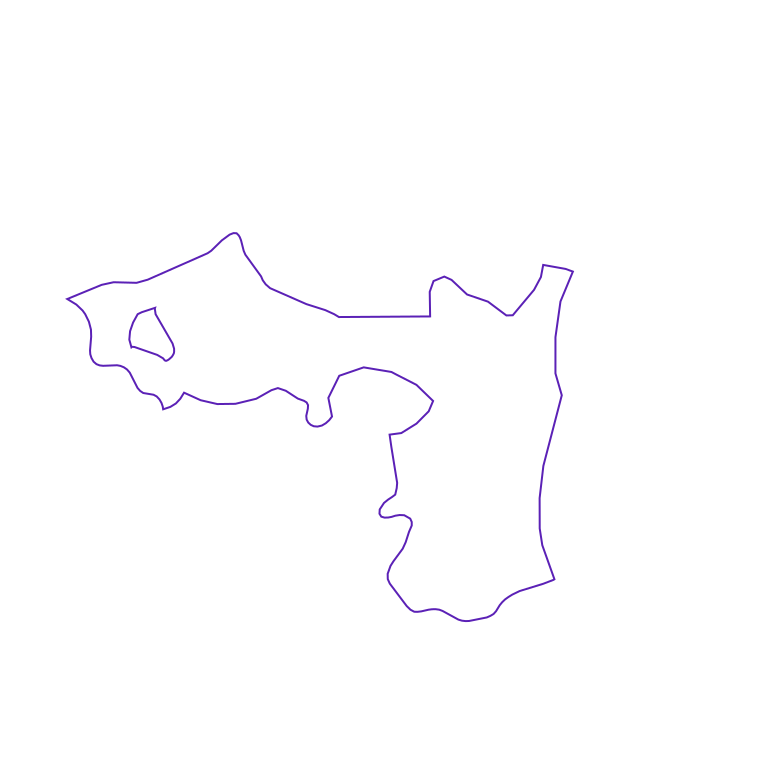 SVG path tracing the border of Rimini, rotated 53°
{"feature_id": "ITA-5366", "entity_name": "Rimini", "entity_type": "Province", "adm_level": 1, "iso_a3": "ITA", "parent_name": "Italy", "parent_adm1": "", "projection": "equal_earth", "projection_center": [12.401, 43.955], "detail": "fine", "context": "isolated", "style": "outline", "palette": "violet", "viewbox_px": 768, "rotation_deg": 53, "n_neighbors": 0, "source": "natural_earth", "source_scale": "10m", "svg_char_len": 2518}
<svg xmlns="http://www.w3.org/2000/svg" viewBox="0 0 768 768"><g transform="rotate(53 384 384)"><path d="M433.9,373.0L432.7,364.7L427.1,355.0L404.2,358.6L383.6,368.6L378.9,370.8L375.1,374.4L370.7,378.6L358.5,390.2L350.5,414.8L354.0,421.7L361.6,436.8L378.7,445.1L379.9,449.5L380.3,454.1L379.8,458.6L378.0,462.7L375.5,465.5L372.5,467.1L369.2,467.7L365.9,467.2L362.7,465.3L357.9,459.7L355.2,457.4L352.2,456.9L349.3,458.0L343.8,461.6L330.3,466.5L323.4,471.2L321.2,477.6L318.9,494.9L310.4,514.6L299.7,529.2L286.6,540.2L270.6,548.9L273.2,555.6L274.3,561.9L273.7,568.4L271.3,575.6L268.9,574.3L265.2,573.1L261.2,572.6L257.2,573.0L253.9,574.5L246.3,581.7L242.8,582.9L238.8,583.2L221.9,580.2L217.7,580.5L214.1,581.7L210.9,583.6L208.4,585.9L200.4,597.4L198.0,599.9L195.1,601.7L191.4,602.5L187.3,602.0L183.5,600.7L180.3,598.6L170.0,589.4L164.2,585.3L156.7,582.2L148.4,580.6L143.9,580.5L135.4,581.9L125.5,585.8L134.9,549.8L140.0,538.7L154.3,520.7L158.5,509.9L173.4,446.2L173.6,441.8L171.7,427.0L171.8,417.4L172.9,413.4L174.9,411.0L177.8,410.6L179.9,410.8L183.2,411.7L193.2,415.9L197.3,416.9L224.1,417.4L228.2,418.4L233.2,418.5L238.9,417.3L273.5,397.9L289.7,386.4L298.2,381.8L303.4,379.7L357.8,306.5L337.9,292.0L331.6,282.5L334.5,271.2L341.5,267.4L362.5,263.8L380.8,251.4L402.9,245.0L406.6,239.8L399.1,207.5L393.0,194.3L384.7,185.2L401.4,169.7L407.9,165.5L424.3,193.4L449.8,218.9L478.7,240.7L500.0,248.8L545.3,306.0L568.8,328.4L593.1,346.6L608.0,354.6L642.5,365.4L642.4,366.6L639.4,377.0L631.0,400.2L629.4,408.3L629.0,412.8L628.9,416.9L629.4,421.0L630.3,424.7L632.9,431.3L633.6,434.9L633.2,438.6L632.3,442.4L624.4,458.8L622.3,461.7L619.9,464.2L616.9,466.4L600.5,473.8L597.5,475.7L594.9,478.3L592.8,481.2L591.1,484.2L588.0,491.1L586.2,494.2L584.1,496.9L580.2,498.7L575.0,499.5L546.9,499.5L542.1,498.4L537.8,495.3L533.2,488.3L531.3,483.3L526.8,468.2L523.4,461.9L517.2,453.1L513.7,447.0L510.9,444.9L507.3,444.1L501.0,446.8L498.1,450.3L496.0,454.2L494.7,457.9L493.1,461.1L491.0,464.0L488.3,466.0L484.9,465.7L481.6,462.9L479.0,455.6L478.8,450.3L479.1,445.5L479.1,441.6L474.8,436.5L470.9,433.0L438.5,415.9L427.8,410.0L433.6,399.7L434.5,389.5L435.2,381.9L433.9,373.0ZM202.6,563.6L202.5,563.0L204.3,561.0L224.3,547.6L230.5,545.0L233.0,544.9L233.8,544.6L234.4,544.0L234.8,542.5L234.9,540.7L234.6,537.2L234.1,535.7L233.5,534.3L232.8,533.1L231.8,532.1L229.5,530.4L224.4,528.5L190.8,524.4L185.9,521.7L185.4,521.0L180.9,534.2L180.0,538.7L183.9,547.4L189.0,555.0L195.3,560.7L202.6,563.6Z" fill="none" stroke="#5b21b6" stroke-width="2"/></g></svg>